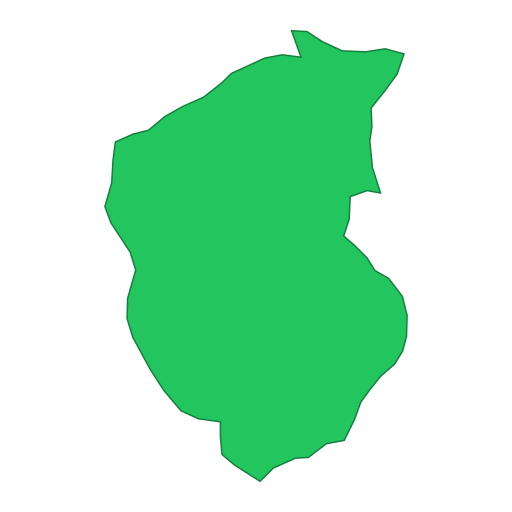 the district of Vitória Brasil, São Paulo, Brazil
{"feature_id": "56859067B68345580713406", "entity_name": "Vitória Brasil", "entity_type": "district", "adm_level": 2, "iso_a3": "BRA", "parent_name": "Brazil", "parent_adm1": "São Paulo", "projection": "robinson", "projection_center": [-50.482, -20.199], "detail": "fine", "context": "isolated", "style": "filled", "palette": "green", "viewbox_px": 512, "rotation_deg": 0, "n_neighbors": 0, "source": "geoboundaries", "source_scale": "gbopen_adm2", "svg_char_len": 909}
<svg xmlns="http://www.w3.org/2000/svg" viewBox="0 0 512 512"><path d="M115.4,141.9L113.0,160.3L111.7,182.8L104.9,206.6L110.9,222.8L130.2,252.2L135.7,270.0L127.6,298.5L127.1,318.7L132.8,337.3L150.3,369.5L163.9,390.5L181.1,410.9L198.5,418.8L220.4,421.8L220.4,436.5L222.0,454.5L234.5,465.0L260.0,481.3L273.3,468.1L295.5,458.1L308.3,457.5L326.3,443.7L344.2,440.4L354.4,419.7L360.9,401.9L370.6,388.7L380.5,376.4L394.6,364.1L402.6,351.1L406.5,336.4L407.1,315.4L402.4,296.4L388.6,278.4L375.0,270.6L366.9,257.7L354.4,245.3L343.7,236.0L349.2,219.2L350.2,196.6L367.2,190.6L380.5,193.0L372.4,167.5L369.8,141.0L371.9,126.6L371.1,108.0L384.7,91.1L397.2,74.0L404.0,53.9L385.2,48.8L365.6,51.8L342.2,50.9L322.1,41.5L307.0,31.6L291.6,30.7L301.0,57.2L282.2,54.8L264.7,58.1L231.4,73.4L222.0,82.7L203.7,97.1L182.6,106.5L165.1,116.4L148.5,130.2L133.1,134.1L115.4,141.9Z" fill="#22c55e" stroke="#15803d" stroke-width="1.5"/></svg>